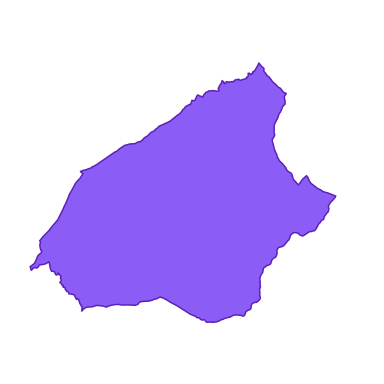 Oicata, Boyacá, Colombia (orthographic projection), rotated 13°
{"feature_id": "7082276B7935915117339", "entity_name": "Oicata", "entity_type": "district", "adm_level": 2, "iso_a3": "COL", "parent_name": "Colombia", "parent_adm1": "Boyacá", "projection": "orthographic", "projection_center": [-73.281, 5.617], "detail": "fine", "context": "isolated", "style": "filled", "palette": "violet", "viewbox_px": 384, "rotation_deg": 13, "n_neighbors": 0, "source": "geoboundaries", "source_scale": "gbopen_adm2", "svg_char_len": 5954}
<svg xmlns="http://www.w3.org/2000/svg" viewBox="0 0 384 384"><g transform="rotate(13 192 192)"><path d="M332.9,163.6L325.0,162.4L320.4,162.2L319.1,161.9L316.9,161.0L313.6,160.3L306.0,156.8L305.0,156.0L303.5,154.3L301.2,151.3L299.9,150.4L296.9,154.6L294.9,159.6L294.0,161.1L287.9,156.9L285.7,152.8L284.9,151.8L283.3,150.9L281.8,150.6L280.1,149.9L278.9,148.6L278.1,147.4L273.0,143.5L271.7,142.9L269.9,141.7L268.5,139.9L267.3,138.7L266.7,137.8L266.1,136.4L264.5,134.4L262.2,131.1L261.3,129.0L259.2,125.1L258.4,123.2L259.7,118.8L259.7,117.7L258.2,114.6L258.2,113.2L257.2,109.3L257.2,107.1L259.0,100.0L259.2,96.5L260.1,94.3L260.7,91.5L261.1,88.8L261.4,87.7L262.8,85.7L262.9,85.1L262.6,84.7L262.6,83.9L262.1,82.0L260.9,79.8L260.5,78.6L260.9,76.9L261.6,75.5L261.6,74.9L261.0,74.6L259.4,74.4L258.3,74.0L254.8,71.1L254.0,70.8L252.3,70.4L249.2,68.2L248.3,67.9L245.6,66.4L243.9,64.7L243.1,64.3L242.6,63.7L241.2,62.6L239.7,62.0L238.9,61.5L236.2,59.1L235.2,58.6L234.5,56.9L234.4,55.6L234.1,55.3L231.3,53.8L229.4,52.2L228.2,51.4L227.6,54.0L225.6,60.4L224.8,60.6L224.1,61.6L224.1,61.8L224.5,61.9L224.6,62.1L224.3,63.1L223.1,63.6L223.0,63.8L223.1,64.1L222.5,64.3L221.7,63.9L221.4,63.4L221.2,63.3L220.8,63.6L220.1,63.7L220.7,66.4L220.2,67.6L219.6,67.6L219.4,67.8L219.3,68.1L219.5,69.1L219.3,69.3L215.4,71.4L214.3,72.2L213.6,72.3L212.0,71.6L210.9,72.5L210.3,72.3L208.2,73.7L208.0,74.0L208.1,74.9L207.9,75.2L206.4,75.4L203.4,76.5L203.0,77.0L202.0,76.7L200.8,76.7L200.5,77.2L200.5,78.5L199.4,79.0L198.6,78.9L198.6,78.2L198.1,77.4L196.3,76.9L196.2,78.8L195.0,82.0L194.6,84.0L194.2,85.1L194.6,85.9L195.5,86.5L195.5,87.3L195.1,87.9L189.2,88.5L187.1,89.4L186.2,89.6L185.8,89.6L185.7,89.9L183.1,91.9L182.8,92.8L181.7,94.3L181.1,97.1L180.2,96.8L177.8,96.7L176.7,96.3L175.8,96.2L175.5,96.6L175.1,97.7L174.3,101.9L172.9,102.8L171.4,102.7L170.9,107.0L170.5,106.9L170.3,107.0L169.1,107.9L167.8,109.2L166.5,110.2L165.7,112.3L164.5,113.8L163.6,116.4L162.2,118.8L160.5,120.5L154.8,127.8L152.8,129.5L144.9,135.5L143.8,137.6L142.1,139.3L142.1,140.1L139.8,142.4L138.7,142.9L136.0,147.4L133.5,149.8L132.1,152.2L132.1,152.6L131.6,152.9L130.9,153.9L130.2,154.5L128.0,155.5L126.7,156.6L126.2,157.2L125.7,157.6L119.9,159.5L118.9,160.2L116.2,161.6L115.5,162.1L111.3,166.6L109.6,169.2L108.3,170.0L107.2,171.1L92.8,186.9L91.0,188.6L89.0,190.0L89.0,190.5L88.6,190.9L87.9,191.5L85.7,192.7L84.2,193.9L81.1,195.4L78.8,197.0L79.1,197.4L81.6,198.9L79.6,204.3L78.9,205.2L76.7,209.2L74.3,218.0L73.0,222.0L72.8,224.2L71.5,231.8L70.9,233.9L70.1,238.3L67.5,249.1L62.5,258.9L61.6,261.3L56.7,269.4L54.6,273.8L55.2,274.3L55.7,275.4L55.6,277.4L56.1,279.3L57.1,281.5L57.8,282.7L59.0,283.4L58.9,284.1L58.8,285.1L58.4,285.7L57.7,286.5L56.3,288.5L55.7,290.8L55.5,293.1L54.5,297.1L51.1,301.2L51.7,302.2L52.5,303.9L53.0,304.3L53.5,303.9L54.0,302.7L55.0,301.3L55.7,301.1L57.4,301.1L58.2,300.7L59.2,299.4L59.4,298.1L59.8,297.5L60.8,296.9L62.5,296.4L64.3,295.6L66.1,294.4L68.2,292.3L69.3,294.0L71.0,298.1L72.9,300.8L73.4,300.8L73.9,300.4L74.3,300.3L75.1,300.7L76.3,300.8L76.5,301.0L76.7,301.8L77.5,302.9L78.1,303.3L78.5,303.4L79.1,303.1L79.3,302.7L79.5,301.7L79.8,301.2L80.1,301.1L80.9,301.5L80.9,302.3L81.1,302.5L82.7,302.9L83.1,303.2L83.3,304.2L83.3,305.8L84.1,306.4L84.5,307.7L84.5,308.5L83.7,309.5L83.7,310.0L85.0,310.6L85.9,311.3L86.3,312.0L87.6,312.0L87.7,312.3L87.6,313.3L87.8,313.6L88.1,313.7L89.2,313.7L90.1,314.1L90.3,315.1L90.6,315.7L91.5,316.1L92.3,317.0L92.9,317.0L93.7,317.2L94.5,318.0L95.0,318.9L97.7,318.6L99.0,318.7L100.7,318.7L101.3,319.9L102.0,320.6L102.3,321.3L103.7,322.5L104.2,322.4L104.5,321.8L104.8,321.6L105.4,321.9L107.2,324.7L107.9,326.1L108.8,326.7L109.8,328.1L110.8,328.6L111.0,330.8L111.4,332.1L111.3,332.6L111.5,332.6L111.9,332.2L112.2,331.2L112.8,330.3L114.7,328.3L115.4,328.0L118.8,326.8L119.9,326.6L122.3,325.4L123.6,324.4L124.0,324.2L126.0,323.7L131.3,323.1L132.6,323.3L134.5,323.4L136.0,322.2L138.1,320.9L140.0,320.1L141.2,319.4L143.1,318.8L146.1,318.0L148.9,318.0L155.0,316.4L162.2,315.2L163.6,314.2L164.5,313.7L165.4,311.6L166.9,310.3L174.7,307.9L175.8,307.2L177.1,306.7L179.2,305.2L182.2,303.6L182.7,303.2L183.4,302.2L184.4,301.9L184.9,301.5L188.3,301.9L191.5,302.8L195.2,304.1L202.9,306.2L218.0,311.5L220.7,312.0L221.8,312.1L222.0,311.9L225.4,313.4L226.9,313.0L227.7,313.1L228.2,313.3L228.3,313.8L228.8,314.1L230.6,314.5L232.8,313.7L233.5,314.0L234.6,315.2L235.6,315.5L236.6,315.5L238.1,314.7L240.8,314.5L245.0,313.1L247.7,311.4L248.2,310.7L249.3,309.9L251.1,308.9L251.9,308.1L253.7,307.0L257.3,305.3L259.4,303.4L259.6,303.0L262.1,302.0L263.2,301.8L267.2,301.2L269.3,301.5L270.1,301.2L270.6,300.9L270.9,300.5L270.9,299.3L271.3,298.8L271.3,297.3L271.6,296.4L273.0,294.8L275.3,293.2L275.6,292.4L275.3,289.5L275.4,288.3L275.6,287.6L276.2,286.8L277.5,285.8L278.1,285.4L279.4,285.1L279.8,284.9L280.4,283.9L280.8,283.7L281.1,283.4L281.2,282.9L281.9,282.0L282.4,280.9L282.4,280.2L281.9,278.5L281.1,276.9L280.8,274.7L280.1,273.1L279.8,271.2L280.1,268.9L279.5,268.1L279.2,266.6L279.0,266.3L278.9,265.0L278.3,263.2L278.1,263.0L277.7,261.3L277.5,259.6L278.1,256.5L279.0,254.6L278.8,250.7L279.0,249.6L280.0,248.8L281.5,246.8L281.9,246.5L283.1,246.0L284.3,244.9L284.8,244.2L285.1,240.6L285.4,239.5L286.7,237.9L287.8,236.9L288.4,236.0L288.6,235.0L288.7,232.7L288.5,231.8L288.1,231.2L287.9,230.2L288.0,228.9L288.6,227.1L289.1,226.4L292.0,225.0L293.3,223.8L294.0,222.7L296.4,217.8L297.1,217.0L297.3,216.4L297.7,213.6L297.7,212.0L298.7,210.4L299.3,209.6L300.3,208.8L301.2,208.4L303.7,208.3L304.6,208.2L306.2,209.4L307.8,209.8L309.6,210.0L310.4,209.5L315.1,204.5L316.1,203.9L317.3,203.7L318.2,202.9L318.9,202.5L319.5,202.5L320.2,202.1L320.6,201.0L321.4,199.7L321.4,198.5L321.9,197.6L322.5,194.8L323.5,193.4L323.8,192.8L324.1,191.4L325.1,190.1L326.2,189.3L326.5,188.5L326.4,186.7L326.5,186.2L328.0,182.5L328.9,181.2L329.2,180.2L329.2,178.0L329.0,177.0L328.4,176.2L328.2,174.7L328.3,174.0L329.3,171.0L330.8,168.7L332.7,164.9L332.9,163.6Z" fill="#8b5cf6" stroke="#5b21b6" stroke-width="1.5"/></g></svg>